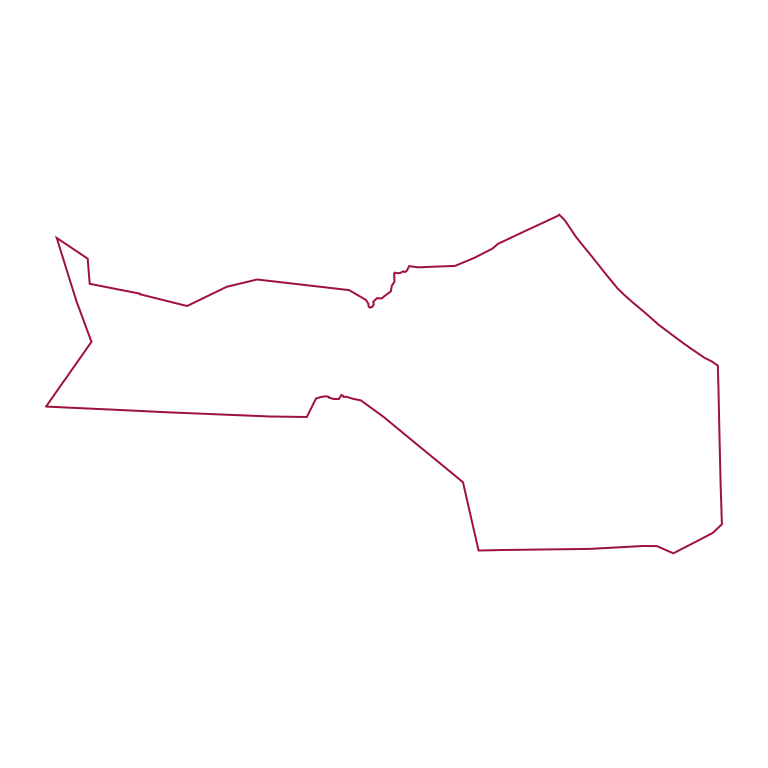 Ad Damar, River Nile, Sudan
{"feature_id": "16777658B48152145505779", "entity_name": "Ad Damar", "entity_type": "district", "adm_level": 2, "iso_a3": "SDN", "parent_name": "Sudan", "parent_adm1": "River Nile", "projection": "orthographic", "projection_center": [33.881, 17.119], "detail": "fine", "context": "isolated", "style": "outline", "palette": "rose", "viewbox_px": 768, "rotation_deg": 0, "n_neighbors": 0, "source": "geoboundaries", "source_scale": "gbopen_adm2", "svg_char_len": 1911}
<svg xmlns="http://www.w3.org/2000/svg" viewBox="0 0 768 768"><path d="M46.1,406.5L46.3,406.6L58.4,407.1L63.4,407.4L72.4,407.8L113.8,409.7L169.7,412.4L270.2,416.5L306.8,417.0L316.0,398.5L320.9,397.0L325.0,396.3L328.7,396.8L328.9,397.6L331.2,398.3L332.9,398.8L335.1,399.0L336.0,399.0L338.0,399.0L338.9,399.0L340.4,396.6L341.4,395.0L343.0,395.9L343.4,396.9L346.3,396.8L353.4,398.9L360.9,400.4L383.7,417.0L416.5,444.1L421.8,448.4L456.9,477.2L463.0,482.3L473.4,527.9L478.1,548.4L478.6,550.5L503.5,550.0L589.7,548.9L643.0,546.0L656.2,546.1L657.2,546.2L665.3,549.8L673.4,553.3L712.8,532.9L721.9,524.3L720.6,483.8L719.3,427.5L718.5,389.8L717.9,369.5L717.8,365.6L711.7,361.4L704.5,357.8L691.0,348.6L685.3,344.6L678.7,339.8L658.9,325.0L645.6,313.2L633.3,302.9L625.3,295.9L617.5,288.3L606.2,274.6L594.2,259.4L579.7,241.6L575.6,236.4L567.0,223.5L565.2,220.9L564.3,219.7L563.0,218.4L559.2,214.7L559.1,214.8L558.0,215.7L553.8,217.7L550.4,219.3L523.7,231.7L497.7,244.0L492.5,248.6L474.0,258.0L467.5,260.7L455.0,265.9L425.8,267.0L425.3,267.1L417.9,267.3L409.2,266.1L407.8,268.8L406.8,270.8L405.1,272.0L404.2,271.8L403.5,271.4L402.7,271.5L401.7,272.2L400.5,272.8L399.7,273.0L398.6,273.2L397.0,273.2L396.1,273.0L394.6,272.7L394.3,273.2L394.2,274.0L394.1,274.7L394.3,276.6L394.4,279.2L394.5,281.6L391.8,285.8L390.8,291.5L389.9,292.1L387.9,293.5L384.2,296.3L381.8,298.4L377.0,298.2L374.9,300.2L373.3,301.8L373.6,303.6L373.7,304.5L372.7,306.1L372.2,307.0L369.6,307.5L368.6,306.5L368.4,305.1L368.5,303.9L366.0,300.0L349.1,290.1L271.1,281.1L257.1,279.5L226.7,286.8L187.1,306.0L139.7,294.2L139.7,293.6L117.0,289.2L100.1,285.8L90.5,284.0L89.7,283.8L87.7,258.7L56.7,237.9L57.8,241.4L61.8,254.2L65.8,267.1L72.0,287.0L76.7,301.9L79.9,310.5L91.4,341.6L91.5,341.8L84.2,352.2L81.6,355.9L79.7,358.6L69.3,373.4L66.0,378.2L64.1,380.9L63.7,381.3L53.6,395.8L50.2,400.7L46.1,406.5L46.1,406.5Z" fill="none" stroke="#9f1239" stroke-width="2"/></svg>